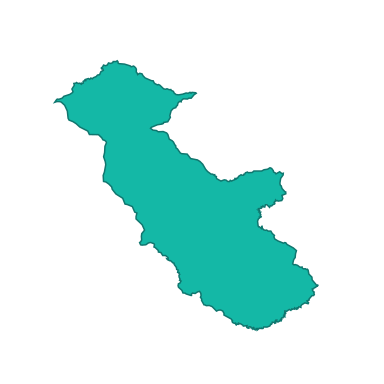 outline of Sotará (Paispamba), Cauca, Colombia, rotated 135°
{"feature_id": "7082276B86170920101397", "entity_name": "Sotará (Paispamba)", "entity_type": "district", "adm_level": 2, "iso_a3": "COL", "parent_name": "Colombia", "parent_adm1": "Cauca", "projection": "mercator", "projection_center": [-76.619, 2.224], "detail": "fine", "context": "isolated", "style": "filled", "palette": "teal", "viewbox_px": 384, "rotation_deg": 135, "n_neighbors": 0, "source": "geoboundaries", "source_scale": "gbopen_adm2", "svg_char_len": 6021}
<svg xmlns="http://www.w3.org/2000/svg" viewBox="0 0 384 384"><g transform="rotate(135 192 192)"><path d="M247.1,262.0L245.8,260.0L245.2,256.6L245.2,252.4L246.5,250.3L247.2,244.4L245.4,236.6L247.9,230.8L246.6,228.9L244.5,223.9L246.7,218.3L245.8,216.1L248.9,214.2L250.6,212.5L250.4,204.1L252.5,198.6L257.0,198.1L259.2,196.4L261.4,193.8L263.2,193.1L264.8,193.3L265.7,191.0L264.9,189.8L261.9,187.3L258.8,186.8L256.9,185.5L255.5,182.4L255.7,181.4L257.8,180.0L257.3,178.8L257.2,174.5L258.2,173.3L256.8,171.2L257.6,167.8L255.6,165.7L255.3,162.5L256.3,161.3L257.0,162.5L257.2,161.6L256.4,159.2L255.7,158.6L255.6,155.2L255.0,154.3L255.8,153.4L256.4,149.7L257.6,148.1L257.0,146.6L259.0,145.3L258.2,144.1L258.9,143.5L258.9,142.5L260.2,142.2L261.3,140.9L262.1,138.7L263.2,138.4L262.7,136.8L265.1,136.1L266.5,136.7L268.1,135.6L268.9,134.2L268.7,129.5L269.8,127.0L268.3,125.2L268.3,124.2L265.8,119.4L265.5,119.2L264.6,120.2L263.2,120.2L261.5,118.0L258.6,117.4L256.9,116.4L257.4,114.1L259.0,112.2L260.5,111.6L260.8,109.5L261.9,108.6L263.3,103.7L262.6,102.9L262.3,101.6L260.0,99.5L258.8,96.7L258.9,90.5L256.8,89.7L255.3,88.4L254.4,86.2L255.2,83.5L256.4,82.4L254.1,74.6L254.4,72.4L254.9,72.5L255.6,71.1L254.9,69.1L253.9,68.5L254.8,67.1L254.6,66.7L254.1,67.1L252.9,65.8L252.2,66.5L251.7,66.4L251.7,65.2L250.9,64.7L250.2,61.9L250.5,60.9L247.7,58.7L248.5,58.5L248.6,57.4L249.0,57.3L248.6,55.9L248.0,55.6L248.0,56.5L246.8,56.2L245.8,55.1L246.3,54.3L245.9,53.7L246.1,52.8L245.6,53.1L244.2,52.6L244.4,51.9L245.5,51.9L244.6,49.5L244.0,49.3L243.2,50.1L242.0,49.0L243.1,48.2L240.5,47.9L240.2,47.2L239.1,46.6L239.2,46.0L238.2,45.3L236.7,45.8L234.4,43.4L231.6,42.2L229.8,42.9L229.5,42.3L228.7,42.3L227.3,43.2L226.1,41.6L226.3,40.6L225.3,40.2L224.5,40.8L224.9,41.7L223.5,42.2L222.6,41.5L223.4,41.0L223.2,39.3L221.2,38.7L220.7,39.0L220.3,38.1L219.6,38.8L219.5,38.1L218.6,38.5L218.9,39.5L218.6,39.1L217.4,39.5L216.6,38.7L215.6,39.1L214.6,38.1L214.3,39.8L213.5,39.4L213.5,40.1L212.3,40.7L212.0,39.8L211.5,39.9L211.2,40.5L211.7,41.1L210.5,42.2L209.4,40.7L206.3,40.2L205.8,38.4L204.0,38.7L203.9,37.9L202.8,37.5L202.3,36.6L201.4,37.4L200.9,35.0L199.7,34.7L199.4,35.7L198.6,35.0L197.5,35.3L196.6,33.4L195.7,34.4L194.3,34.7L190.6,33.8L188.9,30.9L187.9,31.2L187.7,33.7L185.5,32.8L185.1,33.5L180.6,33.9L179.2,32.8L178.0,33.0L177.1,34.7L176.4,34.8L176.5,36.9L175.4,38.4L174.6,37.6L173.1,37.8L172.0,37.1L170.7,37.4L170.0,36.7L168.9,37.0L168.9,37.4L169.8,37.7L169.2,44.9L167.4,47.0L167.4,51.3L165.1,54.7L165.1,56.0L165.9,56.3L166.1,57.6L167.5,58.8L167.8,60.1L167.2,61.2L168.1,61.6L168.9,62.9L169.2,65.5L170.4,67.8L171.4,68.3L171.6,70.0L167.9,72.3L165.4,72.7L162.5,75.1L159.6,76.7L159.9,80.8L161.9,87.7L161.6,89.8L162.2,90.7L163.5,91.1L165.8,96.6L166.7,100.2L165.8,102.4L164.4,103.0L164.6,105.9L163.9,108.6L165.8,110.5L166.1,112.3L167.2,113.0L168.0,114.4L167.9,116.6L166.7,118.2L167.0,118.4L168.7,117.1L169.0,119.8L169.5,120.3L169.2,121.3L166.3,125.0L164.2,126.0L162.4,125.9L162.0,126.6L161.1,125.5L160.5,125.6L160.2,127.3L159.3,127.5L159.2,128.7L157.7,129.2L158.8,130.6L157.4,131.0L157.9,132.5L157.1,132.0L156.7,133.2L154.7,131.6L154.4,131.9L153.7,131.6L153.3,132.5L152.8,131.8L151.7,132.0L151.8,130.6L151.2,129.9L149.1,131.1L148.0,130.0L148.0,126.3L146.4,126.9L145.5,125.8L144.0,125.9L142.1,125.1L141.3,125.5L141.5,126.4L140.4,126.8L139.5,126.5L138.6,127.2L138.6,126.1L137.8,125.8L137.6,124.7L134.6,122.5L132.5,123.1L130.8,126.0L126.9,124.4L125.7,125.8L126.1,126.3L125.9,130.8L124.6,133.2L124.7,134.5L123.6,136.1L119.7,138.9L115.5,139.6L114.2,140.7L115.4,141.4L115.7,144.3L119.8,145.5L119.6,146.6L120.2,148.4L119.4,149.7L119.0,152.4L119.7,154.0L122.5,154.7L125.3,156.8L127.9,157.6L133.4,163.1L135.6,163.2L138.6,165.9L138.7,166.9L140.6,167.8L141.9,167.4L142.7,167.9L143.6,167.4L144.9,168.6L145.1,169.5L147.9,170.1L150.0,169.6L151.2,170.5L151.8,169.9L152.2,170.1L152.3,171.1L153.2,170.6L156.4,171.9L156.7,173.2L158.1,172.9L159.3,174.2L159.5,176.3L160.6,177.8L163.8,179.3L165.1,183.8L164.6,185.2L163.8,185.7L164.4,187.0L163.7,188.2L164.6,188.7L164.7,189.9L165.9,191.3L166.5,195.4L166.3,198.5L164.8,204.0L164.8,208.1L165.5,210.9L169.3,216.6L168.6,222.2L172.2,226.4L172.7,227.8L171.8,232.9L172.1,234.6L170.7,236.4L170.8,237.5L169.8,240.4L169.8,242.4L170.7,245.4L168.4,249.8L168.2,251.7L169.6,255.1L173.3,258.5L173.7,260.6L175.9,263.4L176.3,266.4L175.0,266.5L168.9,264.0L165.1,261.2L164.7,261.5L163.8,260.7L162.8,261.2L159.5,258.8L154.5,260.1L153.7,261.7L149.3,264.2L146.1,264.3L143.8,263.1L142.4,263.7L141.1,263.5L139.1,264.8L136.9,264.9L135.8,263.4L135.1,264.2L132.2,264.0L129.4,260.9L127.9,260.6L126.2,258.9L121.7,259.3L119.2,258.8L119.2,259.6L121.6,262.5L122.8,262.6L122.9,263.9L124.9,264.5L126.2,266.2L129.3,267.7L132.8,270.2L134.4,272.2L134.6,274.7L134.0,276.3L134.8,278.5L134.5,279.4L135.8,280.5L136.7,282.7L138.0,283.3L139.1,285.0L139.2,290.2L139.7,291.7L140.7,292.2L141.5,294.5L141.6,295.9L140.8,298.0L142.0,299.5L144.5,305.8L144.4,309.0L143.8,310.9L145.0,312.9L147.4,313.5L146.8,314.3L146.6,316.2L144.5,318.2L144.0,319.9L144.2,322.3L146.5,323.6L146.5,324.9L149.3,330.2L152.8,334.3L153.1,335.3L152.2,336.5L152.1,337.7L153.4,337.9L155.5,340.0L156.5,339.5L158.5,340.3L159.8,342.3L162.1,341.7L163.8,342.4L164.8,344.3L166.6,343.7L168.5,343.8L168.8,342.9L168.0,342.3L168.7,340.7L171.3,341.5L174.4,340.3L176.1,341.5L178.2,341.4L181.0,342.6L182.4,342.5L182.9,344.1L184.7,344.0L185.0,345.5L188.1,347.1L188.6,347.0L188.5,346.0L190.4,347.2L190.9,347.1L191.8,345.9L192.7,346.1L193.2,347.1L194.1,346.6L194.4,348.3L195.8,349.3L196.3,351.1L197.0,351.0L198.8,352.3L199.7,350.7L204.1,349.7L205.2,347.1L206.1,346.8L209.3,347.4L215.0,350.3L217.3,350.1L220.6,351.7L221.4,352.8L222.2,353.1L225.6,352.5L223.6,351.5L221.5,349.3L220.9,348.0L220.7,343.4L222.9,337.4L227.5,331.7L228.1,329.8L226.4,325.9L225.6,322.1L225.4,317.3L222.6,308.8L223.9,305.2L217.6,298.7L217.5,294.1L218.1,291.9L217.2,290.1L217.1,288.4L217.7,287.3L221.2,285.9L225.9,281.7L229.6,279.4L231.9,274.7L233.7,272.3L239.9,268.0L243.1,266.5L247.1,262.0Z" fill="#14b8a6" stroke="#0f766e" stroke-width="1.5"/></g></svg>